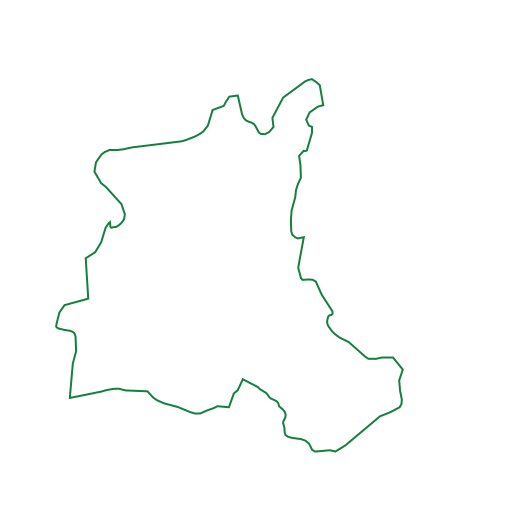 map outline of Lucerne (Natural Earth projection), rotated 285°
{"feature_id": "CHE-163", "entity_name": "Lucerne", "entity_type": "Canton", "adm_level": 1, "iso_a3": "CHE", "parent_name": "Switzerland", "parent_adm1": "", "projection": "natural_earth1", "projection_center": [8.13, 47.03], "detail": "fine", "context": "isolated", "style": "outline", "palette": "green", "viewbox_px": 512, "rotation_deg": 285, "n_neighbors": 0, "source": "natural_earth", "source_scale": "10m", "svg_char_len": 2337}
<svg xmlns="http://www.w3.org/2000/svg" viewBox="0 0 512 512"><g transform="rotate(285 256 256)"><path d="M385.8,176.3L392.7,186.0L397.5,187.1L400.0,188.1L402.3,188.6L403.1,189.2L406.3,196.9L389.2,205.9L386.2,208.4L384.5,211.0L383.9,213.7L383.7,217.3L382.8,220.0L380.9,222.3L375.9,226.9L375.2,229.2L376.0,233.1L379.1,236.6L385.2,239.5L393.7,236.1L416.0,241.2L437.4,258.3L439.5,260.9L441.3,264.3L439.3,269.8L437.5,273.4L419.1,281.9L416.2,277.0L408.5,270.6L400.6,269.2L395.7,273.3L395.2,276.7L389.6,278.2L371.2,277.8L370.5,277.2L370.2,276.5L369.9,274.8L363.9,271.7L355.3,275.4L343.3,279.1L336.4,277.9L329.9,277.6L322.9,278.7L309.3,278.6L299.8,280.4L289.1,283.6L286.0,285.5L284.2,289.0L283.8,291.9L286.5,297.3L255.6,299.8L246.2,305.2L245.0,307.1L247.1,313.4L247.7,316.9L246.8,320.4L235.6,329.5L222.3,344.2L219.9,344.9L218.6,344.1L217.8,342.4L216.7,341.6L214.9,341.4L211.8,341.5L209.1,342.4L206.8,344.2L202.7,349.3L200.9,352.7L198.8,357.9L196.8,368.0L187.1,387.4L185.8,391.1L187.7,398.5L190.4,403.6L193.4,414.6L184.3,427.2L172.9,426.5L163.2,430.0L154.9,434.1L150.6,434.8L147.1,433.9L139.8,426.1L133.2,417.2L96.4,391.5L87.7,383.3L87.5,377.7L82.4,363.7L83.3,360.4L88.5,355.8L90.4,351.7L90.8,346.6L89.6,338.0L89.7,333.8L90.7,330.8L92.7,329.5L97.6,327.8L101.7,325.4L103.1,325.2L107.6,326.1L110.4,325.7L113.1,323.9L114.9,321.3L116.1,318.6L116.9,317.2L119.9,315.3L120.9,313.8L121.5,311.6L122.2,307.2L123.2,305.3L125.1,303.0L126.4,301.1L128.3,294.6L129.9,291.6L133.5,275.2L121.6,273.1L117.6,270.2L102.9,269.0L100.9,257.6L98.1,254.5L94.2,248.7L89.5,243.0L88.1,238.1L88.1,233.7L89.9,219.3L89.9,205.3L91.0,198.0L92.7,193.2L97.2,186.2L92.4,164.8L92.3,157.6L90.5,152.0L87.5,145.8L85.0,141.7L70.7,112.9L104.7,106.9L117.4,106.9L131.6,102.5L133.7,101.1L134.6,100.2L134.9,99.5L135.4,98.1L135.6,95.7L135.0,89.7L134.9,84.0L135.4,82.1L136.2,81.2L138.6,80.9L150.5,80.7L159.0,83.8L171.4,105.0L209.8,92.1L218.1,99.7L229.2,102.9L244.3,103.4L249.3,105.1L250.9,106.2L246.8,107.7L246.0,108.3L246.0,109.3L247.0,110.8L247.7,113.1L248.7,114.3L250.8,116.0L253.4,117.6L257.2,119.0L262.2,118.6L271.2,112.7L283.8,93.2L286.3,87.5L295.7,78.1L305.1,77.2L314.2,80.5L317.5,83.2L320.6,87.3L322.3,94.2L324.7,100.2L328.9,108.3L347.5,154.4L349.5,157.8L355.6,166.1L359.7,170.5L362.7,172.9L369.6,175.8L385.4,176.3L385.8,176.3Z" fill="none" stroke="#15803d" stroke-width="2"/></g></svg>